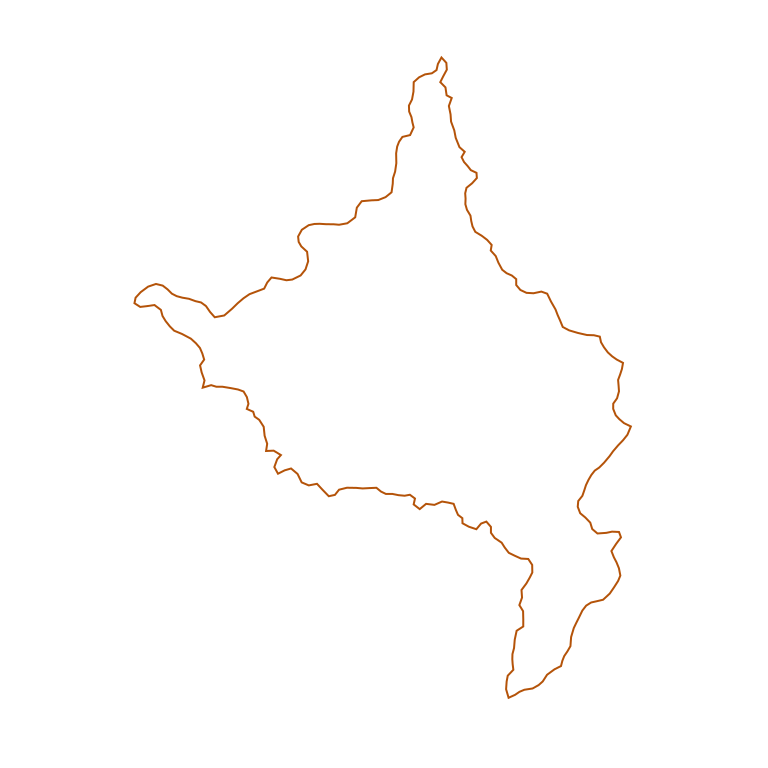 the district of Morro da Garça, Minas Gerais, Brazil, rotated 266°
{"feature_id": "56859067B41000943764258", "entity_name": "Morro da Garça", "entity_type": "district", "adm_level": 2, "iso_a3": "BRA", "parent_name": "Brazil", "parent_adm1": "Minas Gerais", "projection": "albers", "projection_center": [-44.635, -18.604], "detail": "fine", "context": "isolated", "style": "outline", "palette": "amber", "viewbox_px": 768, "rotation_deg": 266, "n_neighbors": 0, "source": "geoboundaries", "source_scale": "gbopen_adm2", "svg_char_len": 3857}
<svg xmlns="http://www.w3.org/2000/svg" viewBox="0 0 768 768"><g transform="rotate(266 384 384)"><path d="M62.3,486.4L64.8,493.1L67.5,497.7L69.2,502.7L69.9,511.0L72.9,517.3L76.2,521.6L82.6,526.4L87.5,534.2L90.3,540.9L95.4,542.6L100.0,544.8L104.6,548.4L109.5,551.7L118.5,553.0L127.3,556.3L132.4,559.2L137.1,562.0L144.2,566.1L148.8,570.2L151.6,575.4L152.4,580.7L153.5,587.5L159.2,594.6L165.0,599.2L171.2,603.8L176.4,606.4L183.8,605.5L189.9,603.5L195.2,601.2L201.5,599.2L208.3,604.4L214.5,609.7L220.0,608.1L220.8,601.2L220.0,595.4L220.0,586.5L224.8,581.6L231.3,580.1L236.8,575.5L241.4,570.7L248.0,568.7L253.7,569.6L258.6,574.1L264.0,576.4L269.0,578.4L274.1,581.3L278.8,584.5L282.9,588.2L285.6,592.8L290.1,598.0L296.3,604.0L300.9,607.8L306.4,613.2L311.2,618.5L316.4,623.3L324.4,627.3L328.2,620.7L332.5,616.3L336.6,613.0L343.2,610.9L348.4,611.3L353.5,615.5L360.3,617.9L366.0,617.9L371.7,617.8L377.2,620.3L382.4,622.4L388.4,623.9L392.2,617.8L395.7,613.5L399.9,609.5L405.3,606.0L410.5,603.4L416.2,602.6L418.0,596.8L418.7,589.9L421.4,581.0L424.6,572.4L428.4,566.3L435.3,564.0L440.8,562.0L446.4,560.3L454.7,556.3L462.7,553.1L465.2,547.4L464.1,539.5L465.0,532.5L468.3,526.6L473.5,522.8L479.4,523.2L483.3,519.1L486.0,514.0L489.7,509.9L497.0,506.6L503.8,504.4L509.7,499.8L515.2,501.1L520.5,497.0L525.0,491.9L529.4,485.7L535.0,483.3L540.5,482.4L545.9,482.0L552.0,478.9L557.7,477.7L563.2,478.3L568.6,478.3L574.0,480.0L578.1,485.9L583.0,491.0L588.2,491.0L591.3,485.5L595.5,482.7L599.9,479.3L604.9,477.2L610.0,480.7L615.0,475.8L624.6,472.7L632.1,471.8L641.1,469.2L648.3,469.2L656.8,468.1L664.6,471.5L667.6,466.6L675.6,466.0L681.2,461.2L686.9,464.6L693.2,468.6L700.0,468.6L705.7,464.1L699.5,460.1L693.5,458.3L690.6,453.4L690.0,446.5L687.5,440.4L683.1,434.7L673.6,433.8L665.9,431.8L660.0,428.3L654.0,428.1L648.3,430.0L642.9,430.6L637.9,431.5L630.5,427.4L629.2,419.6L624.6,415.9L619.9,413.7L613.3,412.2L603.4,411.7L595.1,409.9L588.6,407.3L583.2,406.7L574.7,404.9L570.3,398.6L567.9,391.1L568.1,384.2L567.9,374.5L561.8,369.2L552.3,366.9L546.9,358.6L546.0,350.3L546.9,344.6L547.4,337.8L548.3,331.0L548.5,325.7L547.7,320.0L543.6,312.8L537.1,308.6L531.7,308.8L527.0,311.1L521.3,316.5L511.7,316.9L503.8,313.7L498.1,308.4L494.6,299.8L494.3,293.9L496.2,287.5L498.1,279.2L493.4,274.6L487.5,271.1L485.0,262.8L483.0,256.1L479.3,249.8L474.8,243.7L469.7,237.7L463.5,229.4L462.4,219.8L468.0,215.5L474.1,211.9L478.1,207.2L479.8,201.7L482.6,195.4L484.2,188.8L486.1,183.3L488.9,178.7L493.5,174.7L497.6,170.1L499.7,163.5L497.6,155.5L492.6,147.7L487.4,142.2L482.0,140.7L477.9,146.2L478.2,152.8L478.8,160.5L473.5,166.6L467.3,167.8L461.9,170.6L456.4,174.4L451.8,178.4L448.0,186.0L442.7,194.5L437.8,199.2L432.8,202.9L427.1,204.9L420.9,206.3L415.4,201.8L408.3,202.9L400.1,205.2L393.0,202.9L394.9,211.5L393.0,216.5L392.5,222.8L390.6,230.8L388.7,238.0L386.3,243.4L380.5,246.3L373.7,247.4L368.7,245.4L365.4,251.6L360.5,252.7L357.0,257.0L349.7,261.0L340.7,261.3L332.5,263.3L325.4,261.7L325.2,269.3L320.3,276.2L316.4,272.2L308.8,268.8L301.9,272.0L304.8,278.9L306.2,285.4L300.3,291.5L291.6,295.0L288.1,301.9L289.1,310.2L282.9,315.2L275.9,321.1L276.8,327.3L281.7,331.8L283.1,339.8L282.3,349.1L281.3,355.4L281.2,361.5L281.0,369.2L276.9,373.5L274.2,378.2L273.8,384.5L272.1,390.7L271.1,396.8L271.7,402.1L267.6,406.9L261.8,405.2L256.7,410.9L261.5,417.6L259.9,425.9L262.7,433.7L261.3,439.4L259.6,445.1L253.4,446.9L248.3,448.7L244.7,452.8L239.6,452.6L235.7,458.7L232.7,466.0L238.0,471.1L239.6,476.5L234.0,480.7L228.1,480.3L222.7,483.7L217.5,490.3L212.5,493.0L206.9,496.7L203.6,502.4L200.3,508.5L199.4,515.7L193.2,519.2L185.6,518.8L180.9,516.0L175.2,512.2L168.9,506.8L161.3,506.8L154.0,503.6L147.7,506.9L139.2,506.5L132.4,506.0L128.6,499.1L119.9,496.6L111.5,495.3L105.6,493.3L100.5,492.8L95.5,492.8L89.9,493.1L84.4,487.1L78.7,485.6L71.0,484.5L62.3,486.4Z" fill="none" stroke="#b45309" stroke-width="2"/></g></svg>